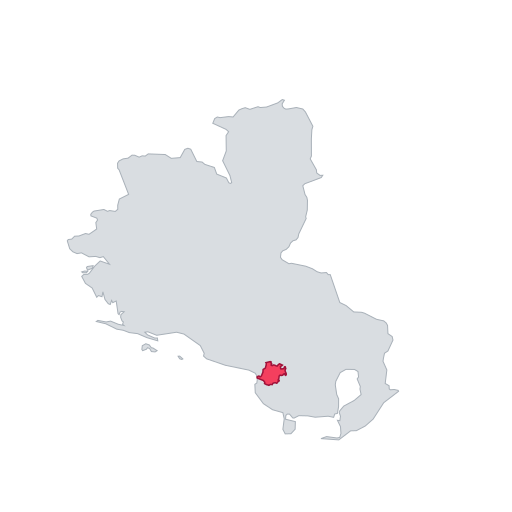 Venezuela, with Yaracuy highlighted, rotated 201°
{"feature_id": "VEN-36", "entity_name": "Yaracuy", "entity_type": "State", "adm_level": 1, "iso_a3": "VEN", "parent_name": "Venezuela", "parent_adm1": "", "projection": "orthographic", "projection_center": [-68.813, 10.294], "detail": "fine", "context": "in_parent", "style": "filled", "palette": "rose", "viewbox_px": 512, "rotation_deg": 201, "n_neighbors": 0, "source": "natural_earth", "source_scale": "10m", "svg_char_len": 6162}
<svg xmlns="http://www.w3.org/2000/svg" viewBox="0 0 512 512"><g transform="rotate(201 256 256)"><path d="M432.5,196.0L437.6,202.5L437.2,204.1L434.1,205.7L432.4,209.5L428.5,211.2L423.2,215.9L419.7,216.4L414.4,224.1L417.5,229.8L416.8,232.8L418.2,234.3L424.5,234.3L425.2,235.8L424.4,238.3L423.3,239.9L414.7,244.9L410.6,244.5L408.9,246.0L403.3,247.2L401.8,250.1L403.3,253.9L404.0,260.2L397.0,267.9L414.7,287.4L416.6,288.4L418.5,293.0L417.9,295.7L414.9,299.0L410.5,301.5L407.9,305.7L405.3,306.6L400.5,306.4L398.2,308.7L395.2,309.6L393.2,312.7L377.1,318.2L370.1,316.8L362.0,320.7L360.7,330.0L358.2,332.2L355.2,332.3L345.1,323.0L340.0,324.4L336.6,323.2L326.6,323.7L322.0,318.4L311.6,318.2L307.6,314.6L305.8,314.6L305.0,315.8L309.1,321.7L321.3,333.0L321.4,343.4L327.1,357.7L326.1,362.2L329.4,363.5L343.9,364.4L343.8,369.5L341.9,371.9L339.1,372.3L331.6,376.3L327.2,377.6L324.3,386.1L321.9,388.5L319.2,390.6L314.3,390.7L307.6,396.1L305.3,396.1L299.6,398.8L290.6,406.7L287.5,411.5L285.3,411.6L286.1,407.4L285.0,405.2L282.8,404.0L280.8,403.8L278.3,405.0L271.5,409.1L265.0,410.0L261.5,408.2L249.4,397.5L249.1,393.9L246.3,385.2L240.1,369.2L240.2,366.1L230.5,358.1L229.1,355.3L225.1,354.2L222.6,355.3L223.2,352.6L236.3,341.0L237.5,338.4L232.3,331.0L229.5,328.9L227.9,326.4L224.6,317.3L223.7,310.4L222.6,309.0L224.0,292.0L223.4,288.3L224.4,285.4L226.9,283.5L228.4,280.5L228.6,276.4L230.2,273.0L232.9,270.4L233.8,267.8L232.7,263.6L230.3,261.9L222.5,260.6L220.3,261.9L205.9,264.3L198.7,264.3L193.3,263.2L189.1,263.5L184.3,265.8L181.9,264.5L180.0,265.2L161.1,242.6L154.1,242.0L144.7,238.8L137.2,241.3L134.1,241.5L120.8,240.1L113.5,241.2L110.4,240.1L108.3,238.3L105.0,230.8L100.0,229.6L98.0,226.6L98.8,214.6L101.2,211.3L100.3,205.8L99.7,203.2L93.0,196.5L89.7,183.3L85.3,182.6L84.0,179.7L82.7,179.2L79.1,180.9L75.2,181.5L74.4,180.8L84.2,164.8L88.2,145.7L93.1,136.4L99.7,128.9L105.0,126.7L112.8,114.0L129.9,108.8L125.4,112.7L115.2,115.1L112.8,116.6L113.1,120.8L116.0,127.0L121.1,131.8L118.7,132.3L119.7,136.7L122.2,139.7L122.3,141.5L120.3,147.3L112.5,156.4L108.2,164.3L111.3,169.1L111.8,171.5L117.5,177.5L116.9,179.8L119.4,184.7L123.4,185.4L131.4,182.4L135.6,177.3L136.6,167.6L135.8,164.1L131.0,155.6L127.7,152.3L124.9,144.9L123.6,138.2L125.9,136.7L125.7,133.2L131.2,132.3L143.0,126.7L150.4,125.3L158.8,122.3L162.4,118.3L163.7,118.0L168.0,120.4L170.2,119.6L171.0,117.8L169.9,114.2L159.9,115.5L157.4,108.3L159.7,102.6L165.0,100.4L168.8,103.8L171.3,114.1L174.8,119.4L185.5,118.4L196.2,120.8L207.7,128.1L211.1,135.8L209.7,137.7L210.5,141.0L212.1,144.2L214.7,146.3L221.8,146.9L245.4,143.0L265.3,142.3L269.1,143.8L269.5,146.6L275.9,152.4L295.3,157.3L302.8,156.4L320.3,146.4L329.8,146.5L332.5,145.0L329.0,143.5L321.1,143.1L318.7,144.1L317.3,141.6L328.6,140.7L338.7,141.1L346.8,139.1L353.3,139.1L359.8,137.8L372.0,138.9L381.6,137.6L380.6,139.2L372.3,140.7L368.4,143.1L360.1,142.9L354.3,143.8L356.1,144.5L356.2,146.9L357.8,147.4L360.4,150.3L361.1,152.8L359.1,156.7L361.5,156.2L362.8,155.0L362.8,152.2L364.1,152.7L370.4,163.9L373.0,161.1L374.9,162.8L374.7,158.5L376.8,158.5L381.4,161.3L386.1,167.7L385.2,162.8L388.9,162.6L389.9,160.4L397.5,167.4L405.4,169.3L411.4,174.5L410.1,177.1L406.7,178.5L405.4,180.2L402.9,188.8L399.7,195.5L389.8,195.8L398.3,200.7L401.2,198.5L405.4,198.2L411.6,195.4L420.1,196.4L423.9,194.1L428.5,194.3L432.5,196.0ZM329.1,127.9L330.0,131.5L327.4,134.6L323.7,134.7L320.8,132.8L319.3,133.2L314.4,132.2L315.8,130.3L319.4,129.3L322.1,131.5L324.4,131.5L324.9,129.7L327.9,127.0L329.1,127.9ZM409.8,185.7L404.6,188.6L404.3,185.9L408.3,182.5L410.1,184.4L409.8,185.7ZM292.8,134.5L291.4,135.2L287.4,133.7L288.2,132.8L290.4,132.7L292.8,134.5ZM410.7,180.5L407.6,181.5L408.4,179.5L411.7,178.3L413.0,178.7L410.7,180.5Z" fill="#d9dde1" stroke="#a8b0b8" stroke-width="1"/><path d="M211.1,142.5L211.7,143.5L210.9,144.5L210.6,144.8L210.1,145.0L209.9,145.0L209.4,144.7L209.1,144.7L208.9,144.7L208.7,144.8L208.5,145.0L208.3,145.3L208.1,145.9L208.0,146.3L207.9,150.0L208.7,152.6L208.5,153.0L208.1,153.4L207.2,154.6L207.1,154.8L207.1,155.0L207.4,157.1L207.3,157.6L207.4,157.9L207.5,158.1L207.6,158.3L207.7,158.6L207.8,159.2L208.0,159.6L208.5,160.0L207.6,160.6L205.4,162.2L204.9,162.5L204.6,162.6L204.4,162.6L204.2,162.6L203.9,162.5L203.9,162.4L204.0,162.2L204.3,161.9L204.2,161.8L204.1,161.7L203.5,161.5L203.2,161.4L202.9,161.2L202.8,160.9L202.7,160.8L202.7,160.6L202.7,160.3L202.9,159.9L202.9,159.7L202.7,159.5L201.7,159.4L201.6,159.5L201.4,159.6L201.1,159.9L201.0,160.0L200.8,160.4L200.7,160.5L200.2,160.7L199.8,160.7L199.6,160.7L198.9,160.8L198.5,160.7L198.4,160.7L197.2,160.7L196.9,160.8L196.7,160.9L196.6,161.2L196.5,161.6L196.5,161.9L196.4,162.2L196.3,162.4L195.9,162.9L195.7,163.3L195.7,163.5L195.4,163.8L194.7,163.8L192.2,163.6L192.6,162.8L192.9,162.4L193.6,161.6L193.6,161.4L193.4,161.2L192.9,160.2L192.7,159.7L192.2,159.5L190.2,160.5L189.7,160.9L189.7,161.0L189.7,161.3L189.7,162.0L189.7,162.5L189.5,162.9L189.4,163.0L189.2,163.1L188.9,163.0L188.8,162.9L188.7,162.6L188.6,162.4L188.2,162.0L188.0,161.8L187.9,161.7L187.9,161.4L187.9,161.2L188.0,160.1L187.9,159.9L187.9,159.7L187.7,159.4L187.1,158.5L186.2,157.7L186.0,157.4L185.5,156.8L185.3,156.3L185.3,156.2L185.3,155.9L185.3,155.7L185.4,155.4L185.5,155.2L186.3,155.4L186.8,156.1L186.9,156.3L187.2,156.3L187.3,156.3L187.4,156.2L187.5,156.0L187.8,155.8L187.9,155.5L188.1,155.3L188.1,155.2L188.2,154.9L188.2,154.5L188.3,154.4L188.5,154.2L189.6,153.5L189.9,153.4L190.2,153.4L190.3,153.5L190.5,153.5L190.7,153.4L190.9,153.2L191.2,153.0L191.3,152.7L191.3,151.7L190.9,150.4L190.8,150.0L190.8,149.8L190.9,148.4L190.9,148.2L190.7,148.2L190.4,148.4L190.2,148.4L189.8,148.2L189.7,148.0L189.7,147.8L189.8,147.2L190.2,146.9L190.3,146.8L190.4,146.6L190.5,146.1L190.8,145.1L190.9,144.8L191.1,144.7L191.4,144.6L191.5,144.5L192.3,144.7L192.6,144.6L193.0,144.4L194.3,143.5L194.5,143.3L194.6,143.0L194.7,142.8L194.7,142.2L194.7,141.8L196.3,141.3L196.7,141.1L196.9,140.9L197.2,140.3L197.3,140.2L197.6,139.9L197.8,139.8L198.0,139.8L198.4,140.0L198.7,140.0L199.0,139.8L199.3,139.7L200.5,139.7L200.9,139.8L201.4,139.8L202.0,139.9L202.4,140.1L202.4,140.6L202.6,141.3L204.5,142.4L211.1,142.5Z" fill="#f43f5e" stroke="#9f1239" stroke-width="1.5"/></g></svg>